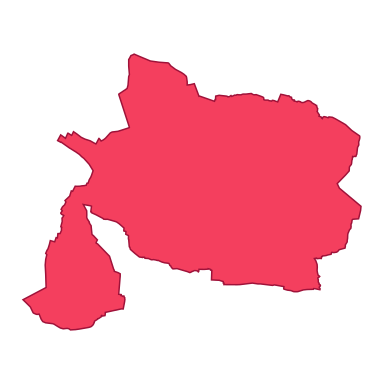 Ban Mo, Saraburi, Thailand
{"feature_id": "78962969B66109940408415", "entity_name": "Ban Mo", "entity_type": "district", "adm_level": 2, "iso_a3": "THA", "parent_name": "Thailand", "parent_adm1": "Saraburi", "projection": "natural_earth1", "projection_center": [100.715, 14.612], "detail": "fine", "context": "isolated", "style": "filled", "palette": "rose", "viewbox_px": 384, "rotation_deg": 0, "n_neighbors": 0, "source": "geoboundaries", "source_scale": "gbopen_adm2", "svg_char_len": 5895}
<svg xmlns="http://www.w3.org/2000/svg" viewBox="0 0 384 384"><path d="M256.1,94.6L254.9,94.8L253.5,94.7L252.4,94.2L251.6,93.6L251.1,93.5L245.8,94.1L243.1,94.1L242.1,94.3L241.4,94.7L240.9,94.8L238.7,94.8L237.6,94.6L236.9,94.7L236.0,95.2L234.7,95.1L231.8,96.4L231.0,95.5L229.5,96.6L228.1,96.8L227.8,96.8L227.2,96.3L226.4,96.1L219.1,95.3L215.7,96.1L215.6,97.4L215.6,99.5L215.1,99.5L214.5,101.3L199.6,96.1L199.0,96.3L194.3,83.7L190.0,84.7L187.2,85.0L187.2,81.9L186.8,79.0L186.7,78.0L186.3,76.4L184.0,74.3L181.5,72.6L175.5,69.4L170.7,65.8L168.8,63.3L168.1,62.9L158.9,62.2L150.4,61.0L138.7,56.1L134.1,54.1L133.1,54.7L130.9,55.6L129.6,58.1L128.7,59.5L128.7,66.1L129.4,74.6L128.7,76.5L128.0,85.2L127.1,88.5L118.9,94.0L118.8,94.6L129.4,127.3L129.3,127.6L127.4,128.3L118.0,131.3L112.1,132.0L110.3,132.9L105.6,138.1L104.3,139.2L102.8,140.2L101.1,141.0L99.9,139.4L99.0,138.4L98.9,138.4L96.1,143.8L95.9,143.9L93.9,142.9L90.2,140.8L84.9,139.1L81.2,137.3L76.9,134.0L73.5,131.7L71.8,135.2L71.6,135.4L68.1,133.2L67.8,133.2L65.5,138.3L60.7,134.9L59.2,137.7L57.6,140.6L60.8,142.3L61.1,142.1L69.5,148.0L75.8,151.9L79.4,154.4L81.7,156.7L83.9,158.4L89.2,164.3L93.1,170.7L91.5,175.4L90.7,177.3L89.3,179.6L88.1,183.1L87.0,183.2L86.2,185.3L85.6,185.3L84.5,185.6L81.5,185.9L79.9,186.2L77.1,186.3L75.2,186.2L72.6,191.3L71.3,190.9L69.7,196.1L65.0,200.5L65.9,202.0L64.6,204.9L63.1,206.2L62.3,207.1L61.1,209.4L62.3,210.8L60.9,212.7L60.8,213.3L61.4,214.1L62.4,214.8L63.7,215.4L63.8,215.5L63.0,216.9L62.0,218.1L62.2,221.5L60.8,226.8L61.7,227.3L61.4,228.9L61.5,230.3L60.1,233.5L57.9,233.6L57.4,237.9L56.1,237.6L54.7,241.8L50.3,240.6L49.4,244.4L48.0,248.8L47.0,250.3L45.7,253.4L46.7,254.5L46.8,254.7L45.7,259.4L45.2,265.0L45.7,274.3L46.1,287.5L23.0,299.7L30.3,306.9L33.1,312.7L33.9,313.3L36.3,314.3L37.4,314.4L39.1,314.1L41.2,319.3L42.8,321.6L45.6,322.8L52.8,323.7L54.1,324.2L57.6,326.4L60.4,328.0L63.2,328.8L67.0,328.4L67.9,328.5L69.2,328.9L70.4,329.9L75.5,329.6L79.7,329.0L88.8,327.4L90.8,326.8L91.7,326.2L93.2,324.7L93.6,323.9L93.8,323.0L94.2,322.8L94.5,321.2L97.3,319.4L97.7,318.7L98.4,318.7L101.5,316.6L101.4,315.6L101.8,315.4L102.3,316.0L102.7,316.0L105.0,315.6L105.3,313.7L105.3,312.4L119.9,309.2L121.6,308.9L123.2,309.0L124.6,301.8L124.9,299.3L124.7,298.8L124.8,297.8L124.5,297.5L124.1,296.8L124.0,296.1L123.3,296.0L122.7,296.3L122.2,295.9L121.0,295.6L121.2,294.6L118.7,294.3L120.2,276.1L120.2,273.8L118.2,272.7L114.3,271.3L114.2,270.2L113.6,269.1L109.5,256.2L97.6,243.9L96.2,243.2L96.1,242.6L96.6,241.4L97.4,239.9L93.3,235.5L92.4,234.9L92.0,234.3L91.9,233.6L91.1,225.7L89.2,222.8L89.4,222.2L87.6,219.4L87.2,218.9L86.7,217.2L86.8,215.1L86.7,210.8L83.3,204.5L90.5,205.8L91.5,206.2L90.8,211.7L91.4,211.9L91.4,212.5L91.7,212.8L96.1,214.8L103.3,218.6L103.5,219.1L105.1,219.3L107.7,219.3L114.0,221.1L116.5,221.9L119.1,223.7L124.0,228.0L123.8,230.9L124.1,231.1L125.4,231.3L125.9,231.5L125.8,234.3L128.3,235.5L128.5,235.9L128.4,239.0L128.7,239.4L129.3,246.7L129.5,247.1L129.8,247.2L130.4,249.4L134.9,253.4L139.4,257.0L141.6,257.3L142.4,257.5L142.6,257.5L142.7,257.2L144.6,257.3L144.8,258.1L145.0,258.3L148.5,258.5L150.9,259.6L151.8,259.8L153.5,259.6L155.8,260.0L157.4,260.5L158.0,260.3L161.8,262.0L162.8,262.3L164.6,262.8L167.9,263.2L169.1,263.6L169.9,265.5L170.7,265.9L171.3,267.2L172.0,268.1L172.5,268.4L172.9,268.9L177.1,268.6L187.3,271.6L189.9,272.6L191.5,271.9L191.9,271.5L192.6,271.4L194.2,270.6L195.5,270.6L197.5,270.9L197.8,271.1L197.9,271.5L198.3,271.9L198.7,271.5L199.0,269.3L204.0,269.4L208.3,269.1L208.3,268.7L209.4,269.0L210.7,269.5L210.6,270.1L211.8,270.4L211.5,279.9L219.3,280.3L221.4,281.0L223.2,281.5L223.3,283.1L224.0,283.2L223.9,284.6L237.2,284.7L239.9,284.6L252.3,283.1L257.8,283.9L260.3,283.9L272.5,285.4L274.4,284.9L283.9,286.6L283.7,288.8L283.9,289.1L284.2,289.2L287.3,290.1L291.0,290.6L293.5,291.6L294.4,291.7L297.1,291.7L298.0,291.6L303.4,289.9L307.1,289.5L313.3,289.3L313.6,288.6L314.4,288.7L314.6,288.6L319.9,289.7L320.1,288.9L319.9,288.4L319.3,287.6L319.2,287.3L319.3,287.0L320.3,286.0L320.4,285.3L320.0,284.7L319.2,284.5L319.1,283.3L318.3,282.0L318.3,279.7L317.9,278.8L318.0,277.7L319.0,277.2L319.7,276.4L318.2,275.2L318.0,274.8L317.5,272.9L317.1,270.5L317.3,267.1L317.1,264.4L315.8,260.8L314.4,258.5L316.6,258.1L316.8,258.2L317.0,258.7L319.5,258.4L321.3,258.5L321.6,256.6L322.2,256.6L322.5,256.0L323.0,256.0L323.1,255.8L324.4,255.8L326.3,255.5L327.6,255.0L331.0,254.3L331.2,254.1L331.5,252.6L331.8,252.3L333.8,252.6L336.4,252.2L337.6,251.6L339.2,249.7L345.0,248.1L345.4,246.1L345.3,245.0L347.2,241.9L347.2,240.6L347.6,238.3L347.7,235.1L347.9,233.6L349.6,229.6L350.7,228.6L350.9,228.1L351.1,226.4L351.0,225.7L351.1,224.0L351.7,222.9L352.1,220.0L352.6,219.4L353.5,219.2L358.6,218.8L360.6,210.5L361.0,206.3L339.4,188.2L337.2,183.6L345.5,175.1L349.2,170.9L349.4,167.2L349.6,166.6L351.3,164.5L351.6,163.3L351.9,160.4L352.3,159.2L352.6,156.5L353.5,156.8L354.3,156.3L355.4,156.5L355.9,156.4L356.2,155.4L356.8,154.1L357.5,147.7L357.7,147.1L358.8,145.0L358.7,141.9L359.5,139.4L359.8,138.0L359.8,136.7L359.7,136.1L359.6,135.9L351.8,130.5L345.6,124.7L335.4,118.8L332.4,117.3L328.9,116.9L328.7,117.1L328.6,117.6L327.9,117.7L326.0,117.0L324.0,116.6L322.8,117.3L322.4,118.6L321.8,118.3L321.2,117.0L319.0,116.2L319.4,115.0L317.1,111.5L317.4,111.0L317.5,109.7L317.7,108.5L317.1,107.8L316.6,105.5L316.0,105.5L315.6,104.9L312.1,102.9L311.0,101.7L309.8,101.0L308.5,100.6L307.6,100.6L304.1,102.3L302.7,102.6L301.2,102.4L300.5,101.8L299.0,101.3L298.0,101.2L297.1,101.9L295.4,101.2L294.2,101.1L294.3,100.0L292.5,99.8L291.7,98.6L291.5,97.3L290.8,97.0L290.1,97.0L289.1,95.9L288.7,95.8L287.7,95.9L283.4,94.8L280.8,94.3L277.7,101.9L277.2,101.6L275.6,101.3L274.8,100.8L272.7,100.3L272.2,100.4L271.8,101.0L271.6,101.1L268.8,100.6L268.5,100.3L268.1,100.1L265.1,100.1L264.1,99.8L263.8,99.6L263.8,99.4L263.8,98.6L263.7,97.9L263.5,97.5L262.9,97.1L260.7,96.2L256.1,94.6Z" fill="#f43f5e" stroke="#9f1239" stroke-width="1.5"/></svg>